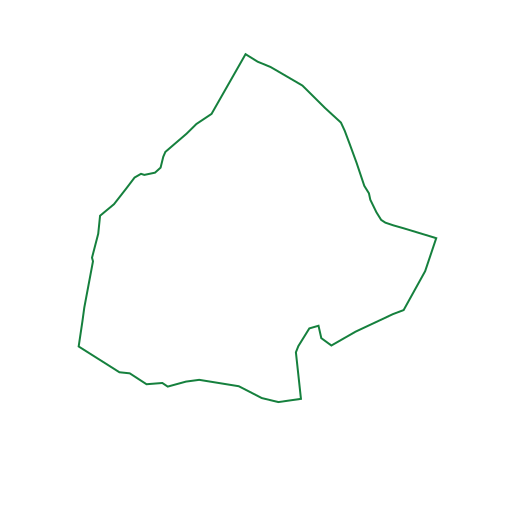 Tillia, Tahoua, Niger (Robinson projection), rotated 31°
{"feature_id": "23599985B40327375212482", "entity_name": "Tillia", "entity_type": "district", "adm_level": 2, "iso_a3": "NER", "parent_name": "Niger", "parent_adm1": "Tahoua", "projection": "robinson", "projection_center": [4.569, 15.899], "detail": "fine", "context": "isolated", "style": "outline", "palette": "green", "viewbox_px": 512, "rotation_deg": 31, "n_neighbors": 0, "source": "geoboundaries", "source_scale": "gbopen_adm2", "svg_char_len": 867}
<svg xmlns="http://www.w3.org/2000/svg" viewBox="0 0 512 512"><g transform="rotate(31 256 256)"><path d="M150.6,424.9L198.8,426.0L208.2,421.6L228.2,422.3L241.1,413.1L247.6,413.4L260.7,399.7L271.1,391.4L308.3,376.5L334.1,374.8L350.4,369.7L368.1,355.3L339.8,318.0L338.7,311.4L339.0,290.6L345.5,283.6L354.3,292.8L366.7,293.9L380.3,269.6L403.3,235.3L410.4,226.3L408.8,181.9L401.3,147.9L368.3,156.2L357.9,159.0L349.7,160.8L344.7,160.6L336.7,156.5L325.0,148.9L320.5,144.1L312.7,140.1L294.3,124.4L278.8,111.9L267.6,103.0L260.1,97.9L239.0,93.6L208.0,86.0L171.2,86.5L157.4,88.6L143.1,88.4L144.7,157.1L136.9,173.6L133.5,186.9L124.7,213.4L125.4,218.7L128.7,229.4L126.5,236.6L118.5,244.0L115.1,244.8L111.5,251.3L110.1,264.3L107.6,284.7L101.6,301.8L109.3,318.2L116.3,341.9L119.0,344.5L135.4,388.7L140.9,401.5L150.6,424.9Z" fill="none" stroke="#15803d" stroke-width="2"/></g></svg>